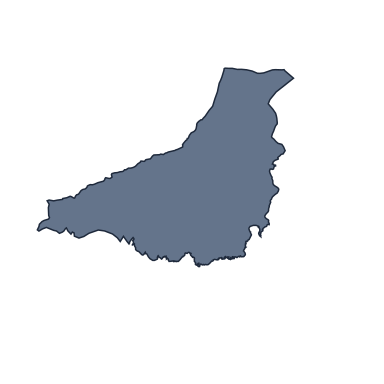 Dauphin, Dauphin, Saint Lucia (orthographic projection), rotated 145°
{"feature_id": "8701671B67654174060035", "entity_name": "Dauphin", "entity_type": "district", "adm_level": 2, "iso_a3": "LCA", "parent_name": "Saint Lucia", "parent_adm1": "Dauphin", "projection": "orthographic", "projection_center": [-60.901, 14.058], "detail": "fine", "context": "isolated", "style": "filled", "palette": "slate", "viewbox_px": 384, "rotation_deg": 145, "n_neighbors": 0, "source": "geoboundaries", "source_scale": "gbopen_adm2", "svg_char_len": 6115}
<svg xmlns="http://www.w3.org/2000/svg" viewBox="0 0 384 384"><g transform="rotate(145 192 192)"><path d="M43.6,227.0L46.4,238.0L46.4,239.4L48.2,240.4L53.7,244.5L56.1,245.9L64.9,248.4L68.1,250.1L70.3,251.7L73.3,256.5L77.2,260.8L81.1,264.1L84.5,266.4L88.0,270.1L91.1,272.3L93.9,274.5L94.9,274.6L96.1,273.3L101.6,269.0L104.6,267.0L107.3,265.5L113.8,259.4L119.9,255.1L125.9,250.4L131.2,249.0L137.8,246.5L140.4,246.0L142.2,245.4L143.7,246.1L144.7,245.9L145.9,246.0L148.1,245.5L149.3,244.8L149.7,244.1L152.2,241.6L153.8,240.7L155.7,240.4L158.7,240.9L161.7,239.9L163.9,238.4L164.9,238.2L165.3,238.5L166.2,237.7L167.6,237.7L171.7,236.6L172.1,236.2L172.7,236.1L172.9,235.4L173.9,234.2L179.9,235.3L180.7,235.7L182.1,235.8L188.6,238.4L190.0,238.5L191.4,239.1L193.9,239.1L195.9,241.0L197.3,241.2L202.0,244.2L203.8,244.1L207.0,243.0L210.9,244.8L211.6,244.9L213.1,244.4L213.6,244.5L216.0,246.6L216.6,246.6L217.2,246.0L220.0,246.2L223.6,245.5L226.0,245.8L228.3,246.6L230.4,248.0L233.4,248.1L234.5,248.9L236.0,248.5L237.1,248.6L239.5,249.9L242.0,250.7L244.4,252.1L247.0,253.0L248.1,252.4L248.9,250.1L251.0,250.0L252.1,250.6L254.5,253.2L255.5,253.0L256.2,252.3L257.4,251.8L258.5,251.7L263.7,253.6L267.7,254.4L269.5,255.1L271.1,256.4L273.4,256.9L274.3,256.9L275.2,256.2L276.8,255.8L277.9,255.8L279.7,256.6L280.6,256.8L282.4,256.7L285.9,255.4L286.6,255.4L288.2,255.9L289.9,255.4L291.4,254.4L291.8,254.4L292.4,255.0L293.5,257.4L294.3,258.4L297.8,259.1L301.6,260.8L302.3,260.2L307.0,262.6L310.4,264.1L313.7,267.4L315.7,267.9L316.0,263.9L318.6,261.6L322.9,254.9L323.4,252.8L325.0,252.1L329.4,253.5L331.8,253.8L335.5,253.1L337.2,251.5L340.4,249.7L339.8,247.8L335.6,247.5L331.6,246.5L327.3,239.9L325.4,237.8L324.3,234.2L321.3,233.5L319.4,233.5L316.6,234.6L315.5,234.6L316.0,231.3L315.3,226.9L313.0,227.8L312.1,226.1L313.7,223.3L311.0,219.1L306.1,217.6L300.1,217.3L290.6,214.6L286.0,210.3L281.2,203.2L279.4,197.3L279.2,192.6L273.6,195.0L273.6,189.0L273.4,185.6L272.3,186.1L272.0,186.8L268.6,188.0L266.4,188.5L266.3,187.3L266.7,186.6L267.1,186.3L268.3,186.4L268.8,184.4L269.2,183.8L271.2,182.9L271.1,182.7L270.8,182.7L269.2,183.0L268.9,182.6L269.7,181.5L270.1,180.0L270.1,178.8L271.1,177.4L271.1,176.1L270.6,174.9L269.7,173.7L269.1,169.5L268.6,168.7L267.8,168.4L264.8,169.5L264.9,168.9L265.8,168.3L265.0,167.9L264.5,167.0L264.9,164.1L264.7,161.5L263.4,158.5L262.0,157.5L258.8,156.9L258.2,157.4L258.0,158.2L256.8,159.1L256.2,159.2L256.2,158.6L256.6,157.9L255.6,156.0L255.5,154.6L254.6,154.5L253.5,155.2L253.2,155.0L252.5,155.3L251.4,155.0L251.7,154.6L250.3,154.2L250.8,153.8L250.4,153.4L250.9,152.8L250.4,152.5L251.2,151.7L250.6,151.7L249.9,150.8L249.9,150.5L250.4,150.0L250.6,148.3L248.8,147.2L247.8,146.9L247.4,146.4L246.8,146.3L246.6,146.1L247.0,145.7L246.8,145.3L245.9,145.4L245.5,144.7L245.0,144.6L244.8,144.0L244.0,143.8L243.3,143.1L242.6,143.0L241.2,143.4L240.2,143.4L239.6,143.9L238.9,143.9L237.5,144.4L236.8,144.1L236.3,144.5L235.5,144.2L234.1,144.5L232.9,145.8L232.2,145.7L231.2,144.5L229.6,144.6L229.0,144.2L228.7,143.3L228.9,142.9L228.1,142.5L228.1,142.1L228.9,141.8L229.3,141.1L229.0,138.9L228.7,138.7L229.0,138.1L228.7,137.7L228.1,137.6L227.8,136.8L228.1,136.1L228.7,135.7L229.0,134.9L229.8,134.0L229.7,131.7L230.0,131.3L230.6,131.1L230.5,129.8L230.2,129.5L227.8,130.0L227.2,129.7L227.3,129.5L228.2,129.4L229.6,128.6L229.6,127.6L229.1,126.8L228.5,126.6L227.9,127.1L227.8,127.8L227.1,127.7L226.4,128.0L226.0,127.8L225.8,127.0L225.4,126.9L225.0,126.0L223.3,125.9L223.9,125.7L223.8,125.2L222.3,124.8L222.1,124.3L220.6,123.3L218.6,123.4L215.4,124.1L214.9,123.6L214.1,123.6L213.6,123.8L213.5,124.2L212.2,123.9L210.3,121.9L209.9,121.8L209.6,122.1L209.0,121.4L208.4,121.7L208.1,122.3L207.6,122.4L207.5,122.0L206.9,121.8L205.6,121.5L205.6,121.1L205.3,120.7L206.0,120.3L205.9,119.7L204.3,118.9L203.6,119.1L203.5,118.5L203.1,118.5L202.6,118.9L203.1,119.4L203.1,119.8L201.8,120.0L201.5,119.9L201.6,119.4L201.0,117.8L200.7,118.2L200.1,117.7L199.9,118.3L199.6,118.2L199.2,117.6L200.1,116.9L200.4,116.0L200.2,115.7L199.6,115.7L199.3,114.7L198.8,114.8L198.2,115.8L197.9,114.3L197.2,114.2L196.7,115.4L196.0,115.8L195.7,115.6L195.7,115.1L196.4,114.1L195.9,113.3L195.4,113.4L195.0,114.3L194.6,114.6L193.9,113.9L193.3,113.8L193.2,113.1L192.8,112.5L191.0,112.6L190.3,112.3L190.1,111.5L189.7,111.8L188.9,111.8L188.7,110.6L187.0,109.5L186.4,109.4L185.9,109.5L185.5,109.9L184.8,109.8L184.0,110.4L183.5,111.8L183.6,112.8L183.4,113.9L183.6,114.2L182.6,114.9L181.8,115.1L180.9,115.7L180.0,115.8L180.4,116.1L179.1,116.9L179.1,117.4L178.6,118.2L177.4,118.6L177.6,119.3L176.7,119.9L176.3,120.5L175.8,120.6L175.5,119.9L174.3,120.0L173.3,120.6L172.5,120.3L167.9,122.8L167.4,125.3L167.0,125.6L167.2,125.9L167.2,126.7L166.6,129.0L166.1,129.7L164.2,130.5L160.9,129.5L158.6,127.9L157.0,125.5L157.1,125.3L157.7,125.7L157.9,125.5L157.6,124.4L157.7,122.9L158.5,121.6L158.8,121.2L159.9,120.7L160.2,120.2L160.6,120.3L161.3,119.6L161.7,117.4L161.3,116.0L160.9,116.9L160.6,116.9L160.5,117.6L159.3,118.7L159.1,119.2L158.0,119.6L156.3,119.6L155.6,120.3L155.8,120.6L155.7,121.0L154.1,121.5L153.2,121.4L152.2,121.6L151.2,121.2L150.4,121.2L149.5,121.9L148.6,122.0L147.5,121.0L146.8,122.0L146.6,123.7L145.8,124.3L145.5,125.0L145.6,125.8L146.4,127.4L146.7,129.3L146.6,129.9L145.9,130.8L143.5,131.7L141.5,132.0L140.1,132.7L138.8,134.4L137.1,135.7L136.7,136.4L133.3,138.6L133.2,139.6L132.3,140.3L130.9,140.6L130.1,141.3L128.7,141.9L125.5,142.3L122.6,142.3L121.8,142.8L120.8,143.2L119.4,144.4L119.2,145.0L119.3,146.4L120.8,149.9L121.1,151.5L120.7,152.9L119.3,155.0L118.8,157.3L117.9,158.2L117.9,159.7L117.2,163.1L116.5,164.7L115.0,165.9L113.9,165.4L113.3,164.5L112.1,164.1L110.4,165.5L109.6,165.7L108.5,165.4L108.2,166.1L109.5,166.9L109.2,167.8L110.1,168.8L107.9,170.2L105.6,170.3L102.6,169.5L102.3,169.8L102.1,170.8L101.9,171.1L98.8,171.3L97.6,171.7L95.2,170.9L94.8,171.3L92.0,172.4L91.1,176.6L91.1,179.5L93.6,182.5L94.3,185.2L94.6,188.4L95.3,190.6L95.2,191.6L92.6,193.7L90.3,195.0L87.4,197.1L85.4,198.3L83.2,198.9L82.4,199.9L80.2,203.8L79.2,206.1L78.4,208.5L78.3,213.3L79.0,220.5L75.2,223.0L65.7,225.7L43.6,227.0Z" fill="#64748b" stroke="#1e293b" stroke-width="1.5"/></g></svg>